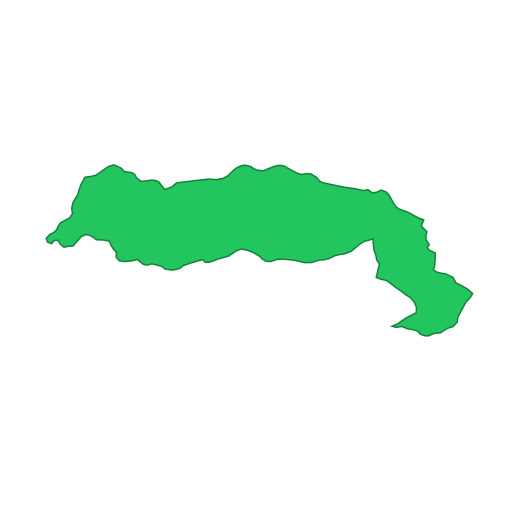 the district of Coroados, São Paulo, Brazil, rotated 251°
{"feature_id": "56859067B91640420687906", "entity_name": "Coroados", "entity_type": "district", "adm_level": 2, "iso_a3": "BRA", "parent_name": "Brazil", "parent_adm1": "São Paulo", "projection": "robinson", "projection_center": [-50.316, -21.363], "detail": "fine", "context": "isolated", "style": "filled", "palette": "green", "viewbox_px": 512, "rotation_deg": 251, "n_neighbors": 0, "source": "geoboundaries", "source_scale": "gbopen_adm2", "svg_char_len": 2732}
<svg xmlns="http://www.w3.org/2000/svg" viewBox="0 0 512 512"><g transform="rotate(251 256 256)"><path d="M125.1,419.2L128.1,424.9L132.6,426.9L139.0,434.0L143.8,439.1L147.4,445.6L150.0,448.6L155.2,445.6L160.3,441.5L165.1,436.5L171.9,435.1L174.5,432.4L177.7,429.1L179.3,425.7L181.9,421.7L185.1,419.2L188.1,421.5L194.0,424.1L200.5,426.5L204.9,421.9L208.3,420.7L210.3,423.5L216.0,422.0L220.3,423.5L223.3,425.5L230.4,422.1L235.6,426.3L239.3,421.7L247.8,414.0L253.9,406.5L257.2,404.2L260.8,403.4L270.2,401.6L273.9,400.2L277.5,396.0L277.0,390.7L277.9,386.5L282.3,383.4L283.0,378.6L287.4,371.5L289.6,367.1L292.1,362.2L303.2,343.5L305.8,340.7L311.0,338.6L315.6,334.8L317.2,331.4L318.4,325.3L320.7,322.2L326.0,317.0L331.7,312.1L334.0,308.1L334.8,303.2L334.6,297.7L334.2,290.4L336.8,285.0L339.3,282.3L342.1,280.3L344.1,277.5L345.8,274.3L346.1,270.6L345.6,266.0L344.1,262.0L341.1,255.8L340.1,250.4L341.1,243.5L344.1,236.4L345.4,230.7L348.0,218.8L351.0,204.8L348.7,198.8L348.6,191.3L357.5,188.3L360.0,185.8L361.9,181.5L362.8,176.5L363.9,171.8L368.5,168.5L372.6,167.9L375.4,165.5L378.7,159.0L382.9,157.2L385.9,153.9L388.4,151.5L388.7,146.1L386.3,137.2L384.5,131.1L384.8,127.0L386.2,119.9L380.3,113.6L376.4,110.4L371.7,107.2L369.6,104.4L366.3,100.5L361.2,97.3L355.8,96.3L352.6,92.0L351.0,81.7L348.2,78.3L345.6,76.0L344.1,72.6L343.5,67.9L341.0,63.4L337.0,63.4L334.2,66.8L336.4,70.3L335.4,73.8L331.2,74.6L326.8,77.3L326.3,81.9L325.0,86.3L327.7,90.8L331.2,96.9L331.7,102.2L329.6,105.6L326.3,108.4L323.3,110.4L320.9,116.7L317.9,122.1L313.1,122.4L309.3,123.4L304.9,125.2L300.2,123.4L296.0,125.2L293.5,129.9L291.8,137.5L291.2,142.8L288.3,144.6L285.1,146.5L282.9,149.9L282.5,155.0L280.1,158.8L277.1,163.3L273.4,165.7L270.2,171.5L269.2,176.5L269.2,180.3L270.6,183.9L270.6,189.8L270.4,197.5L269.9,204.4L266.5,206.0L265.3,210.1L265.3,215.2L265.5,219.4L265.1,225.0L264.9,230.1L266.1,235.0L267.2,238.6L267.4,244.5L264.2,249.8L260.9,253.8L257.8,256.6L254.3,259.5L251.1,260.9L248.0,263.5L246.0,268.0L245.9,275.4L243.2,282.9L240.8,288.1L238.6,292.3L236.6,295.6L233.9,299.8L231.8,306.1L231.5,314.7L230.2,319.4L229.9,324.1L230.6,330.9L230.1,336.0L229.3,339.8L229.3,344.1L229.6,348.0L231.3,352.5L233.4,357.9L234.5,362.6L234.3,366.6L234.0,372.4L230.8,371.2L226.8,370.3L222.9,369.4L218.2,369.7L213.1,368.8L208.3,370.2L204.0,367.4L200.0,364.9L196.6,362.7L193.6,366.2L190.6,371.2L186.3,374.3L182.0,377.1L179.2,379.0L175.6,381.8L170.4,385.2L165.8,388.8L160.4,390.7L155.3,391.0L150.2,389.1L149.5,384.2L149.0,380.3L147.4,373.5L145.8,368.2L145.3,361.8L143.0,365.2L141.8,371.0L137.8,375.7L135.6,379.8L132.8,383.9L128.4,386.1L125.7,389.5L124.3,393.2L124.8,399.2L123.3,405.5L124.5,409.9L125.3,413.8L125.1,419.2Z" fill="#22c55e" stroke="#15803d" stroke-width="1.5"/></g></svg>